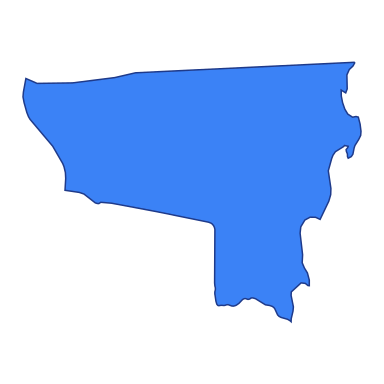 map outline of River Gee (Natural Earth projection)
{"feature_id": "LBR-1458", "entity_name": "River Gee", "entity_type": "County", "adm_level": 1, "iso_a3": "LBR", "parent_name": "Liberia", "parent_adm1": "", "projection": "natural_earth1", "projection_center": [-7.733, 5.165], "detail": "fine", "context": "isolated", "style": "filled", "palette": "blue", "viewbox_px": 384, "rotation_deg": 0, "n_neighbors": 0, "source": "natural_earth", "source_scale": "10m", "svg_char_len": 1750}
<svg xmlns="http://www.w3.org/2000/svg" viewBox="0 0 384 384"><path d="M354.2,62.3L354.7,62.9L353.0,66.0L349.3,69.5L346.9,74.9L347.2,88.9L345.7,92.9L341.2,90.1L341.3,96.1L342.6,102.7L344.8,109.1L347.8,114.1L352.6,117.2L356.0,116.5L358.3,117.1L360.1,124.1L361.0,131.3L360.7,135.4L358.8,139.3L354.9,145.6L354.1,148.1L352.9,154.2L351.3,156.6L348.2,158.2L347.5,156.7L347.4,153.9L346.4,151.5L346.1,149.6L347.7,147.7L348.2,146.3L344.5,145.5L343.7,146.5L335.4,151.7L333.0,155.2L331.7,158.5L328.3,170.8L330.9,188.4L330.7,194.7L328.8,201.2L320.1,219.4L315.6,217.3L310.1,217.2L304.9,220.0L300.8,226.8L300.1,233.2L302.6,254.8L302.2,262.8L304.4,268.0L307.4,272.9L309.3,280.1L309.3,285.7L308.0,285.6L305.3,283.4L301.1,282.9L291.3,291.9L291.1,295.4L293.4,306.9L293.0,311.1L291.2,318.8L291.1,321.7L290.0,320.7L287.6,319.3L281.0,317.4L279.1,316.4L277.6,314.9L274.8,308.8L273.9,307.6L272.3,306.4L269.7,305.5L265.4,304.8L255.5,298.7L252.8,297.9L251.1,298.0L250.2,298.7L249.2,299.2L248.0,299.4L247.0,299.1L245.7,298.6L244.6,298.6L243.4,299.0L242.3,299.8L238.9,303.4L236.3,305.2L235.1,305.7L233.5,306.1L231.8,306.0L228.2,304.7L226.9,304.7L224.8,305.4L223.9,305.5L221.7,305.3L220.3,305.4L218.9,305.7L217.8,305.4L216.8,304.2L215.9,301.1L215.1,295.5L214.9,294.4L214.8,293.0L214.9,291.6L215.3,290.1L215.4,288.9L215.3,287.5L214.9,286.0L214.6,283.0L214.9,229.4L214.4,227.4L213.6,225.7L212.2,224.0L210.9,223.1L208.6,222.2L156.4,211.6L111.5,203.2L100.8,202.3L98.8,203.6L97.3,203.5L95.3,202.9L83.9,194.0L79.2,192.4L65.0,190.3L65.7,178.5L65.4,172.6L64.0,166.7L62.7,163.5L52.7,146.2L30.1,119.4L28.5,116.7L26.8,112.4L24.1,102.7L23.0,96.9L23.4,92.1L25.9,78.5L37.1,83.4L72.5,82.9L114.7,77.6L135.5,72.8L354.1,62.3L354.2,62.3Z" fill="#3b82f6" stroke="#1e3a8a" stroke-width="1.5"/></svg>